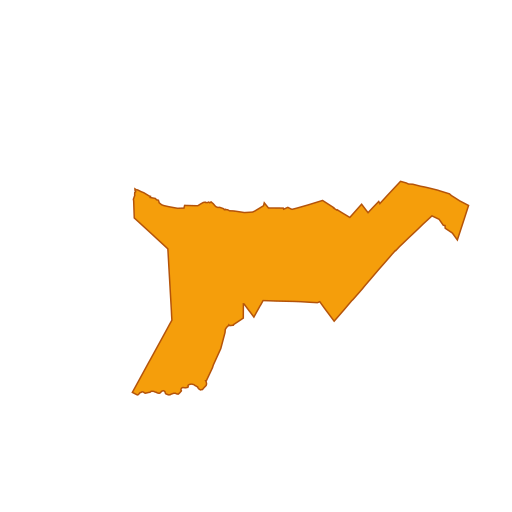 Progreso, Coahuila, Mexico (Natural Earth projection), rotated 134°
{"feature_id": "50627088B48984419836516", "entity_name": "Progreso", "entity_type": "district", "adm_level": 2, "iso_a3": "MEX", "parent_name": "Mexico", "parent_adm1": "Coahuila", "projection": "natural_earth1", "projection_center": [-100.831, 27.377], "detail": "fine", "context": "isolated", "style": "filled", "palette": "amber", "viewbox_px": 512, "rotation_deg": 134, "n_neighbors": 0, "source": "geoboundaries", "source_scale": "gbopen_adm2", "svg_char_len": 4163}
<svg xmlns="http://www.w3.org/2000/svg" viewBox="0 0 512 512"><g transform="rotate(134 256 256)"><path d="M248.6,154.5L233.5,155.3L221.6,156.1L220.0,156.0L205.2,156.7L204.5,156.8L203.3,156.9L202.3,157.0L200.8,157.1L184.2,158.1L181.2,158.3L176.9,158.5L168.5,158.9L159.7,159.4L158.2,159.4L156.6,159.5L155.5,159.6L155.3,159.6L155.2,159.2L149.4,159.3L145.2,159.1L136.3,158.8L123.8,158.2L116.8,158.0L104.9,157.3L102.4,149.8L103.8,142.6L102.8,141.2L104.6,139.2L103.1,130.7L104.6,122.3L84.6,132.0L72.0,138.2L74.6,147.0L74.8,147.6L75.8,152.7L76.8,157.4L76.9,160.0L81.4,168.9L82.4,171.0L86.1,177.4L89.0,182.3L91.5,186.1L95.3,192.8L95.4,193.0L98.3,196.3L99.1,198.7L101.9,203.9L121.8,203.6L132.3,203.3L131.5,205.6L139.5,205.6L147.0,205.5L146.4,209.6L145.4,216.0L163.1,215.3L165.3,224.9L166.3,229.6L166.8,229.6L167.6,233.4L167.2,233.5L169.8,246.7L183.4,254.2L192.2,259.3L192.4,259.4L197.3,262.4L197.4,262.5L197.9,263.6L198.9,266.9L203.1,268.6L202.6,269.7L206.6,273.9L212.8,280.4L212.0,287.0L214.6,285.5L224.5,288.1L226.8,289.0L227.7,289.8L232.8,294.5L238.1,302.0L238.6,302.5L238.7,302.8L238.8,302.8L239.0,303.2L239.4,303.7L241.9,306.5L242.4,308.4L243.3,309.6L243.7,310.5L244.3,310.4L244.7,311.0L244.5,311.6L244.6,312.4L246.2,315.9L247.6,317.2L248.3,318.8L248.4,320.1L248.1,323.0L248.3,325.9L249.8,326.2L250.1,327.5L251.3,328.0L252.5,329.3L252.5,329.9L254.1,331.1L256.7,331.9L260.3,332.8L262.0,334.6L269.2,342.5L271.6,341.1L276.2,345.6L281.2,353.1L283.8,357.4L284.7,359.5L285.0,362.5L283.7,364.9L284.7,366.7L284.5,368.3L287.4,372.8L286.4,373.3L287.0,374.4L288.4,380.6L289.5,383.3L290.7,387.1L291.5,388.1L291.8,389.7L293.0,388.4L293.4,387.2L294.6,387.3L296.2,385.9L296.5,385.4L300.4,383.6L301.3,382.3L313.2,370.0L312.7,351.6L312.2,329.8L312.1,324.4L314.0,322.3L321.4,314.3L321.5,314.2L354.1,278.9L357.5,275.3L360.6,271.9L365.2,270.7L370.1,269.3L370.5,269.2L379.2,266.8L405.6,259.6L406.1,259.5L421.0,255.4L440.0,250.2L438.5,245.2L438.2,244.7L437.9,244.5L437.1,244.4L436.0,244.4L435.0,244.5L433.9,243.9L433.4,243.8L432.9,243.7L432.6,243.4L432.4,242.9L432.1,242.4L432.0,242.2L432.0,241.8L431.9,241.0L431.6,240.3L430.7,239.7L429.8,239.1L429.1,238.7L428.2,238.0L427.7,237.7L427.3,237.5L427.2,237.5L426.8,237.5L426.4,237.5L425.9,237.2L425.5,236.7L424.9,236.2L424.4,235.4L424.3,235.2L423.9,234.0L423.5,233.4L423.2,232.8L423.2,232.2L423.0,231.8L422.8,231.5L422.6,231.1L422.3,230.7L421.6,230.0L421.3,229.9L421.0,229.9L420.5,229.9L420.2,229.8L419.5,229.9L418.9,229.9L418.0,229.5L417.7,229.4L417.3,229.1L417.1,228.8L417.0,228.4L416.8,227.4L417.0,227.0L417.2,226.7L417.6,226.0L417.7,225.5L417.8,225.2L417.6,224.6L417.3,223.9L417.0,223.2L416.9,222.8L416.5,222.3L415.5,221.4L414.7,221.2L413.7,220.8L413.1,220.4L412.6,220.2L412.0,219.9L411.6,219.5L411.1,219.0L410.8,218.8L410.7,218.4L410.4,217.6L410.2,217.1L409.9,216.7L409.4,216.0L408.9,215.9L408.5,215.9L407.0,215.8L406.4,215.9L405.3,215.9L404.8,216.0L404.7,216.1L404.6,216.7L404.5,216.9L404.2,217.3L403.4,217.6L402.6,217.7L402.0,217.6L401.6,217.4L401.3,217.0L400.9,216.7L400.7,216.2L400.4,215.9L400.0,215.4L399.5,214.9L398.5,214.3L397.9,213.8L397.7,213.8L397.2,214.0L396.8,214.3L396.7,214.7L396.2,215.0L395.7,215.0L394.6,214.6L393.5,213.9L392.7,213.1L391.7,211.3L391.5,209.7L391.3,209.3L391.1,208.2L390.7,207.1L391.0,206.7L391.1,206.2L391.2,205.8L391.3,204.6L391.2,203.9L390.9,203.1L390.9,202.9L390.7,202.7L390.1,202.5L389.7,202.2L389.4,201.8L389.2,201.8L388.9,201.8L388.7,201.8L388.4,201.8L388.1,201.8L387.6,201.9L384.4,201.9L383.6,202.0L382.7,202.5L382.4,202.7L382.0,203.1L381.1,204.5L380.7,205.6L380.1,205.1L366.6,209.7L364.0,211.0L347.1,217.0L332.6,225.1L331.1,226.3L330.6,226.8L329.4,227.3L327.3,227.6L324.5,227.4L324.4,227.5L324.3,226.5L324.0,226.3L324.0,226.2L323.4,225.8L322.9,225.3L322.1,224.7L321.5,224.2L321.2,224.5L320.9,224.5L317.8,223.8L309.5,222.0L302.9,228.3L299.2,231.8L298.8,231.2L299.1,229.4L300.3,222.2L300.3,221.9L301.4,215.1L296.7,216.4L291.8,217.7L289.2,218.4L287.7,218.7L283.7,219.8L283.1,219.9L278.3,214.6L274.2,210.0L273.9,209.7L262.0,196.8L260.4,195.0L257.8,192.1L250.9,184.0L247.0,179.5L246.9,179.4L244.6,178.4L244.6,178.2L246.0,170.5L248.6,154.5Z" fill="#f59e0b" stroke="#b45309" stroke-width="1.5"/></g></svg>